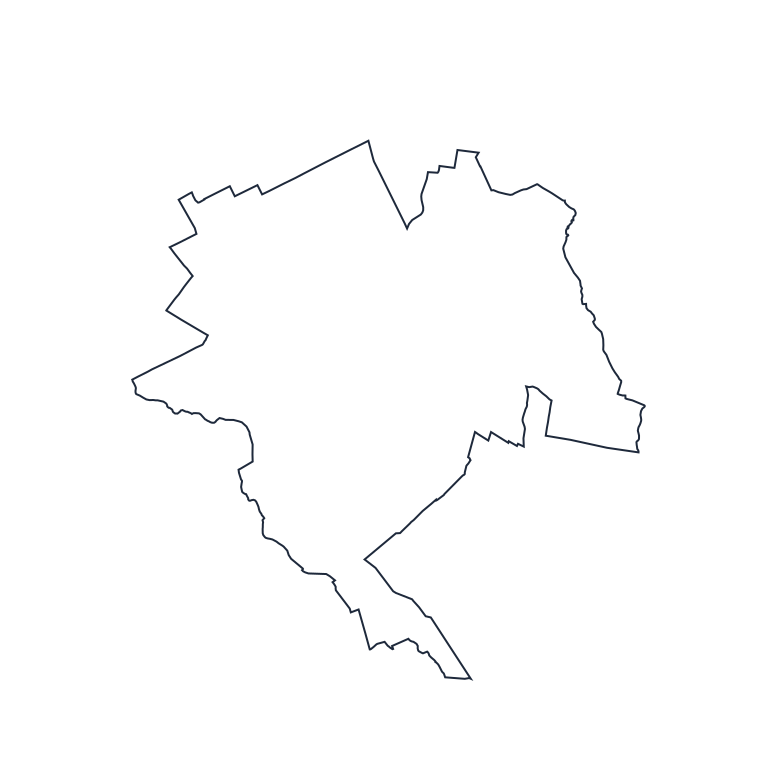 outline of Fantana Mare, Suceava, Romania, rotated 23°
{"feature_id": "2599482B40231105369461", "entity_name": "Fantana Mare", "entity_type": "district", "adm_level": 2, "iso_a3": "ROU", "parent_name": "Romania", "parent_adm1": "Suceava", "projection": "albers", "projection_center": [26.306, 47.408], "detail": "fine", "context": "isolated", "style": "outline", "palette": "slate", "viewbox_px": 768, "rotation_deg": 23, "n_neighbors": 0, "source": "geoboundaries", "source_scale": "gbopen_adm2", "svg_char_len": 6153}
<svg xmlns="http://www.w3.org/2000/svg" viewBox="0 0 768 768"><g transform="rotate(23 384 384)"><path d="M579.0,621.4L518.3,580.6L513.1,581.5L503.5,575.8L495.9,572.3L494.0,571.2L476.7,571.7L473.4,571.2L448.1,556.6L434.7,553.1L453.3,516.8L457.0,515.0L457.4,514.1L457.9,512.7L462.4,502.1L462.9,500.5L464.5,497.6L465.5,495.1L469.2,485.8L474.3,475.9L477.1,470.1L477.6,470.8L478.3,470.0L482.5,462.7L482.6,461.7L491.8,438.5L492.6,436.9L493.0,436.6L493.5,435.6L493.3,434.7L492.9,433.8L492.0,428.2L491.8,427.5L492.0,426.3L492.7,424.3L493.4,420.3L492.8,420.0L492.0,419.0L490.0,418.5L486.5,392.6L487.7,392.8L490.2,393.4L502.1,395.3L501.3,386.4L521.4,389.6L521.2,387.9L530.6,389.1L530.7,386.7L537.1,387.0L533.6,379.5L531.3,370.3L530.1,368.4L526.4,364.4L525.5,362.8L525.0,360.7L524.5,356.2L524.4,354.4L524.1,352.0L524.3,349.1L523.9,347.3L523.0,345.7L522.5,343.4L521.0,337.9L517.8,333.1L515.8,330.7L518.8,330.2L521.8,328.3L522.9,328.2L526.4,328.2L528.2,328.5L529.7,329.3L533.8,330.7L538.3,331.9L542.4,333.5L544.7,333.7L546.1,340.3L547.5,345.4L548.4,349.6L549.8,354.8L551.1,360.7L553.1,368.4L577.6,362.5L614.1,355.6L645.0,347.5L644.7,346.7L643.9,345.7L642.5,344.8L641.1,342.4L640.5,341.5L639.1,338.9L639.2,338.0L640.0,336.6L640.2,335.2L639.9,334.2L638.9,331.8L637.6,330.0L635.9,327.8L635.3,325.2L635.2,323.9L635.4,322.2L635.4,320.1L635.1,317.4L634.6,316.1L633.5,314.3L632.1,312.3L631.2,308.6L631.4,305.7L632.6,303.5L632.7,302.5L632.4,302.1L631.9,301.9L619.1,302.0L613.4,302.9L611.9,302.9L611.2,301.4L610.7,300.3L609.5,300.7L608.3,301.3L605.0,301.8L603.0,301.8L602.8,301.2L602.6,298.1L602.0,293.2L601.6,289.5L601.0,288.3L598.6,287.5L596.7,285.9L591.9,283.0L588.2,280.4L582.6,275.6L577.4,270.3L573.5,268.0L572.4,266.8L570.8,262.6L568.2,257.0L564.9,252.5L563.7,251.2L560.4,250.0L556.8,248.6L553.7,246.5L552.2,245.0L553.0,242.5L552.5,241.4L550.2,238.8L547.9,237.8L546.0,236.7L543.0,236.3L540.8,235.1L539.5,233.0L538.7,231.3L536.1,232.7L535.3,232.6L532.8,228.7L532.5,226.2L531.8,224.5L530.0,222.8L529.2,221.7L528.9,219.6L528.9,218.7L526.5,216.6L525.9,215.4L524.1,212.4L520.9,210.3L515.5,207.5L501.5,196.5L496.1,189.4L495.6,187.2L495.7,182.6L495.5,179.9L494.5,177.5L494.7,176.8L495.2,176.1L495.5,175.1L495.0,174.7L493.6,174.8L493.0,174.5L492.3,173.2L491.6,171.5L491.6,170.0L492.6,169.0L492.8,168.3L492.6,167.8L491.7,167.9L491.6,167.2L492.5,165.9L492.7,164.5L493.1,164.0L493.8,162.1L493.7,161.6L492.9,161.0L492.8,160.2L493.1,159.5L494.1,159.6L494.4,159.4L494.3,159.0L493.4,157.4L493.2,155.9L494.1,153.8L493.7,151.7L492.3,150.2L491.1,149.4L490.3,149.1L488.0,149.1L485.3,148.7L481.5,147.3L479.6,146.1L478.8,144.5L478.1,144.9L476.7,145.1L464.1,142.8L460.6,142.3L453.6,141.5L447.3,140.2L446.8,140.3L439.1,148.9L436.3,150.5L434.3,152.3L429.8,157.2L428.2,159.4L426.3,160.6L421.9,161.5L414.5,162.7L409.0,162.8L407.2,163.8L387.7,146.0L387.4,146.2L379.9,139.4L380.7,134.1L360.2,139.9L364.4,157.5L363.6,157.8L349.9,161.6L351.0,165.6L351.1,167.5L350.8,168.6L341.7,171.8L343.3,178.7L344.3,194.4L345.0,196.8L346.7,200.0L351.0,205.9L352.2,208.8L352.3,211.2L351.7,213.6L345.9,222.0L344.5,226.9L344.5,231.9L340.1,227.9L295.9,189.9L287.8,183.1L285.8,180.7L274.6,166.2L262.4,180.5L243.6,202.7L227.2,222.5L222.0,228.9L213.8,238.3L202.9,251.2L197.7,257.1L189.8,250.4L173.3,269.5L164.8,262.2L154.5,274.3L146.3,284.0L146.6,284.3L143.2,288.8L142.0,289.7L138.6,288.6L134.4,285.1L134.1,284.6L132.2,282.7L130.0,285.4L123.0,294.6L148.9,314.4L152.7,319.1L140.5,333.6L133.3,341.8L135.2,342.8L139.9,345.6L153.6,353.1L157.6,354.7L162.1,357.4L165.7,359.4L164.9,361.8L163.0,368.8L161.9,373.1L160.1,381.7L158.8,385.6L158.0,388.4L154.9,401.1L154.9,401.4L172.0,404.0L197.7,407.4L202.8,408.0L202.7,409.6L202.6,411.7L202.6,413.5L202.2,414.4L202.0,416.1L201.9,417.3L201.7,418.4L201.2,419.2L196.8,423.9L185.6,437.6L164.7,461.2L161.9,464.8L154.7,473.3L150.6,478.3L151.0,478.6L151.2,479.2L151.8,479.9L153.5,481.1L155.6,482.9L156.8,484.1L157.3,485.0L158.0,487.6L158.4,488.4L158.7,489.0L159.4,489.8L160.0,490.1L163.8,490.1L167.8,490.7L170.7,491.0L171.2,491.1L174.6,490.4L177.8,488.9L180.0,488.3L181.9,487.5L187.9,486.4L190.9,487.0L191.4,487.2L192.1,487.8L192.6,488.3L193.0,488.8L193.2,489.3L194.0,489.7L195.1,490.0L196.0,489.7L198.8,490.3L199.3,490.6L200.0,491.5L200.6,492.0L201.0,492.3L203.2,492.8L205.5,491.9L207.1,489.0L207.3,487.8L208.7,486.7L211.3,486.9L212.7,486.8L214.1,486.3L215.5,486.4L216.0,486.3L217.4,486.4L218.5,486.4L218.9,486.6L220.0,485.3L221.7,484.5L225.2,483.3L227.1,483.6L233.1,486.4L234.5,486.5L235.8,486.8L237.7,486.8L239.0,487.0L240.5,486.9L241.8,486.5L242.9,485.9L243.7,484.5L243.9,483.5L244.3,482.5L245.9,479.6L249.3,479.0L252.2,478.9L259.5,475.9L264.7,475.1L268.1,474.8L274.1,476.9L279.0,481.0L280.2,483.1L286.7,491.0L290.4,500.1L293.4,506.7L285.1,517.9L283.6,519.7L285.2,522.4L289.6,527.6L291.1,528.6L291.5,529.6L291.7,530.8L292.7,534.6L294.5,537.2L295.6,538.7L297.3,539.3L299.3,539.5L300.2,539.3L301.2,540.3L303.6,542.2L304.1,543.3L305.2,544.0L306.2,543.9L307.7,542.5L309.1,541.6L310.8,541.5L312.4,542.3L314.8,544.5L316.4,546.1L317.9,548.2L319.5,550.0L321.9,551.5L322.8,552.5L324.5,553.2L326.2,554.3L325.4,556.8L326.7,558.5L327.2,560.3L328.4,563.2L328.9,564.8L330.7,568.8L332.0,570.3L334.4,571.6L335.4,571.8L337.3,571.6L339.4,571.1L342.1,570.7L346.7,571.1L349.2,571.8L353.6,572.5L355.2,572.9L360.1,575.2L363.1,578.7L366.8,581.2L381.4,585.6L381.7,585.9L381.6,586.6L381.3,587.4L382.7,588.0L385.0,588.2L388.5,587.9L405.1,581.5L409.3,582.1L415.6,583.9L414.1,586.5L415.6,587.3L417.6,588.6L418.8,589.6L419.3,591.0L420.3,592.7L440.2,604.1L442.7,607.2L448.7,601.5L464.4,621.0L474.6,633.9L474.9,633.8L475.6,633.0L477.2,630.0L478.8,626.5L479.5,625.7L485.3,621.1L489.7,623.5L491.2,623.8L492.2,624.2L495.4,624.8L495.9,624.3L493.8,622.0L506.0,609.0L507.3,609.7L508.7,610.1L510.2,610.1L511.9,609.8L515.5,610.5L517.4,611.9L518.3,614.2L519.4,615.7L520.0,616.2L520.6,616.4L523.7,616.7L525.1,616.7L528.3,613.5L529.6,614.0L531.0,615.2L531.7,616.2L534.3,617.3L538.2,618.5L539.8,619.3L540.1,619.5L540.0,619.8L541.6,620.2L543.5,621.0L545.5,622.5L549.5,625.9L550.3,626.4L551.8,626.9L552.5,627.4L553.3,628.3L554.9,630.1L573.6,623.8L577.3,621.4L579.0,621.4Z" fill="none" stroke="#1e293b" stroke-width="2"/></g></svg>